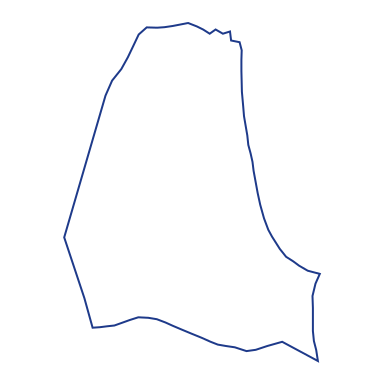 Baía da Traição, Paraíba, Brazil
{"feature_id": "56859067B41140077622379", "entity_name": "Baía da Traição", "entity_type": "district", "adm_level": 2, "iso_a3": "BRA", "parent_name": "Brazil", "parent_adm1": "Paraíba", "projection": "natural_earth1", "projection_center": [-34.974, -6.659], "detail": "fine", "context": "isolated", "style": "outline", "palette": "blue", "viewbox_px": 384, "rotation_deg": 0, "n_neighbors": 0, "source": "geoboundaries", "source_scale": "gbopen_adm2", "svg_char_len": 1045}
<svg xmlns="http://www.w3.org/2000/svg" viewBox="0 0 384 384"><path d="M239.6,42.2L231.1,40.5L230.0,31.5L222.9,33.7L215.6,29.5L209.7,33.7L203.1,29.5L196.8,26.4L188.1,23.0L179.4,24.7L172.6,26.0L164.4,27.2L157.1,27.7L146.7,27.4L138.7,34.5L134.2,44.0L127.9,57.2L121.3,69.1L112.1,80.6L105.5,95.6L64.2,237.4L84.4,298.2L92.6,327.7L99.9,327.2L107.0,326.3L114.4,325.5L122.0,322.8L129.8,320.0L138.3,317.3L148.3,317.8L156.8,319.2L165.5,322.5L172.8,325.8L182.0,329.7L191.6,333.7L201.7,337.8L210.4,341.7L217.8,344.6L225.9,346.0L234.8,347.3L246.5,351.1L255.8,349.8L267.3,346.0L282.2,341.8L291.5,346.8L317.9,361.0L316.2,350.0L313.9,341.0L312.9,331.0L312.9,322.2L312.9,308.0L312.5,296.0L315.5,283.6L319.8,273.9L307.7,270.7L299.1,265.7L293.3,261.4L286.1,256.8L279.8,248.9L272.0,236.6L268.3,229.8L264.0,218.3L260.2,204.7L257.7,193.2L256.1,184.5L253.6,170.9L252.5,161.9L250.6,153.4L248.3,144.9L247.3,135.4L245.7,126.1L244.0,116.1L243.2,106.4L241.9,91.8L241.7,83.3L241.4,71.0L241.4,59.8L241.7,50.3L239.6,42.2Z" fill="none" stroke="#1e3a8a" stroke-width="2"/></svg>